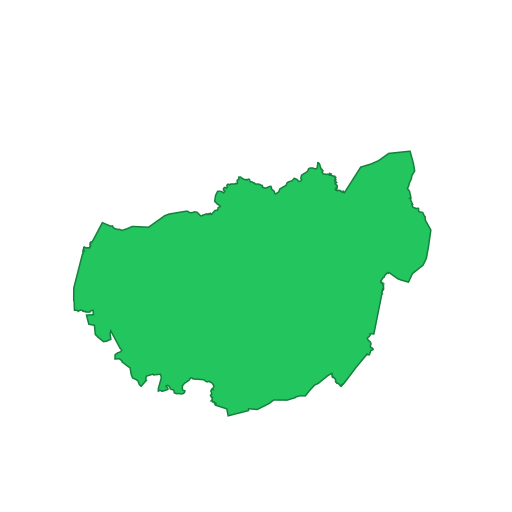 the district of Zosēnu pag., Jaunpiebalgas, Latvia, rotated 303°
{"feature_id": "27541924B99380513765752", "entity_name": "Zosēnu pag.", "entity_type": "district", "adm_level": 2, "iso_a3": "LVA", "parent_name": "Latvia", "parent_adm1": "Jaunpiebalgas", "projection": "albers", "projection_center": [25.837, 57.169], "detail": "fine", "context": "isolated", "style": "filled", "palette": "green", "viewbox_px": 512, "rotation_deg": 303, "n_neighbors": 0, "source": "geoboundaries", "source_scale": "gbopen_adm2", "svg_char_len": 6119}
<svg xmlns="http://www.w3.org/2000/svg" viewBox="0 0 512 512"><g transform="rotate(303 256 256)"><path d="M165.6,373.6L172.9,374.3L179.9,375.5L183.0,377.6L194.8,381.4L198.8,383.3L198.7,384.2L197.5,384.5L196.7,385.2L196.9,385.9L196.0,386.0L195.9,386.4L196.4,386.7L196.5,387.6L196.1,388.2L196.2,389.2L194.9,390.7L193.7,391.3L193.8,392.2L193.3,393.2L193.7,393.5L193.8,395.3L193.3,396.3L193.0,398.0L194.2,398.0L193.8,398.6L196.0,398.5L196.1,399.0L201.1,399.5L217.3,400.6L234.2,402.6L233.9,403.2L234.9,404.9L239.4,403.8L240.6,404.9L241.3,405.2L241.9,404.5L242.1,403.7L242.1,403.0L241.8,401.9L242.8,400.9L244.8,400.4L246.0,399.1L246.8,395.3L247.6,394.2L249.2,394.3L249.8,394.8L251.9,394.8L252.7,394.0L254.5,396.4L254.7,397.3L257.6,396.2L292.3,382.4L293.1,382.7L293.9,381.3L294.7,381.4L295.8,380.7L296.1,380.9L296.3,380.5L296.7,380.6L296.6,381.1L297.8,381.1L298.1,380.8L297.9,380.7L297.9,380.2L299.2,380.1L300.2,379.0L300.5,379.2L301.5,377.3L302.0,377.8L301.9,377.1L302.3,376.9L302.1,376.7L302.3,376.2L301.9,376.1L301.8,375.7L302.4,375.3L302.3,374.5L303.0,374.1L303.6,374.5L306.7,374.3L307.9,375.0L309.8,374.5L311.3,375.0L312.5,374.8L313.2,375.4L313.5,376.5L314.6,376.5L314.1,387.2L314.8,390.6L317.1,398.1L326.4,396.8L339.3,401.1L346.7,400.2L357.7,395.6L373.0,388.5L378.2,378.6L381.2,376.3L381.1,375.6L383.3,372.1L382.1,369.2L382.1,368.0L383.4,367.3L384.2,366.5L384.4,365.9L382.9,364.4L383.0,363.5L382.6,362.7L382.5,360.7L384.2,358.8L384.6,359.2L387.1,355.4L388.2,354.6L388.1,353.6L389.2,354.3L394.0,349.4L395.0,346.3L398.2,345.8L401.0,344.8L405.1,344.3L408.6,342.9L413.7,342.8L419.3,337.7L427.8,328.1L414.3,311.4L402.6,306.8L395.9,302.4L387.6,295.4L357.3,295.7L357.3,295.0L357.6,294.5L356.9,294.7L356.5,294.3L356.5,293.1L357.1,292.9L356.4,291.7L356.7,290.7L356.2,290.3L356.3,290.0L356.0,289.7L355.9,289.1L354.9,288.4L355.1,288.0L354.8,287.6L355.0,286.3L356.5,287.2L356.9,286.9L357.0,286.1L357.9,286.7L359.4,285.6L359.5,283.5L359.8,282.9L360.4,282.7L361.1,283.6L361.7,283.6L361.8,283.2L361.3,282.0L362.1,281.3L362.3,280.7L362.7,280.7L363.0,281.5L363.4,281.6L363.9,280.4L364.8,280.2L364.9,279.6L365.4,279.9L365.5,279.2L365.8,278.8L365.8,278.4L365.2,277.6L364.6,275.0L364.2,274.3L365.7,274.5L365.3,272.6L363.9,272.8L363.6,271.5L362.7,270.6L362.6,269.8L361.4,267.8L362.4,265.7L363.9,265.8L364.2,264.5L364.6,264.2L364.2,263.4L365.1,262.7L365.3,262.0L367.8,259.2L368.2,257.4L368.0,257.0L363.4,259.2L362.2,259.2L361.2,257.8L360.6,255.4L359.0,253.2L357.5,252.6L356.2,253.1L353.8,252.7L349.2,250.4L348.2,250.3L345.7,251.2L345.1,251.8L344.8,252.7L343.4,252.8L341.9,251.4L342.0,250.1L342.5,249.4L342.2,246.3L341.9,245.7L338.8,245.3L335.6,242.7L334.3,242.2L331.2,242.8L330.1,241.9L325.3,239.5L321.9,240.1L318.8,238.6L318.7,237.7L320.3,235.7L320.5,233.1L320.9,232.3L322.1,231.5L322.5,230.5L321.6,229.4L318.0,227.1L317.6,225.1L317.1,224.6L317.1,224.0L318.2,223.4L318.6,222.7L318.0,221.4L318.1,220.4L317.8,219.1L316.0,216.3L316.1,215.5L316.4,215.1L316.4,214.6L316.0,214.1L316.1,212.7L315.1,210.6L316.4,209.2L316.6,208.1L316.0,207.5L315.2,207.2L315.0,206.6L314.8,206.8L314.3,206.1L313.6,203.0L313.8,200.0L312.8,198.6L311.2,199.7L309.4,199.0L308.6,199.2L307.2,200.7L306.6,200.8L305.9,200.2L305.9,199.5L305.2,199.4L302.5,195.5L301.3,195.3L301.3,194.1L301.1,193.5L300.3,193.1L299.3,193.1L297.9,194.5L297.3,194.5L296.6,193.7L296.6,192.5L296.2,192.1L294.6,192.1L293.7,192.7L293.4,193.4L293.6,194.4L293.2,194.7L291.2,194.5L291.2,194.0L291.4,193.8L291.2,191.7L289.9,189.2L289.3,188.6L284.7,189.1L279.3,191.6L278.9,193.1L279.0,193.9L278.4,195.3L278.6,198.1L278.1,199.0L277.7,199.0L276.0,197.9L274.4,198.6L273.4,198.5L271.8,196.8L266.6,196.0L266.5,195.6L266.8,195.4L266.9,194.2L265.4,193.9L265.5,193.3L264.7,193.1L264.9,192.6L264.5,191.8L264.0,191.7L264.1,191.3L261.5,189.5L261.4,189.1L260.6,189.0L259.5,187.7L260.6,182.9L259.6,180.4L258.5,179.7L256.4,177.3L256.3,174.6L255.9,173.4L243.9,160.3L240.1,157.5L221.6,150.2L213.4,136.1L209.1,133.3L204.6,129.8L204.0,126.9L203.4,126.4L202.0,122.8L202.2,120.6L203.1,119.3L202.1,118.2L201.6,116.6L200.3,109.0L178.8,110.9L178.3,110.7L178.1,110.0L176.5,109.7L176.3,110.0L176.6,110.4L176.3,110.7L175.3,110.4L175.1,110.5L175.2,110.8L174.6,111.2L174.7,111.7L174.5,111.9L173.3,111.6L172.5,112.1L172.1,112.0L172.0,111.3L171.4,110.8L171.3,110.3L170.5,109.9L170.5,109.1L170.1,108.4L170.1,107.1L169.4,106.8L168.4,107.5L167.5,107.5L167.5,108.1L167.0,108.2L166.6,108.9L166.4,108.1L166.0,108.0L165.5,108.6L164.2,109.1L163.7,109.8L162.5,109.6L129.9,120.6L119.6,127.2L118.7,128.3L111.6,133.3L112.3,134.1L113.1,136.3L112.7,137.0L114.7,137.9L115.6,139.2L115.8,140.6L115.4,140.9L115.9,142.3L116.6,142.8L116.3,143.8L118.5,147.2L120.0,147.2L121.7,148.9L118.2,151.6L114.1,146.0L107.7,153.0L109.9,158.2L102.6,164.0L102.3,166.0L101.9,167.3L101.1,174.7L103.1,177.1L107.1,179.6L111.3,175.9L114.1,175.0L104.6,192.3L104.0,194.7L101.9,194.6L99.4,192.7L96.4,191.6L92.8,193.8L95.4,197.4L95.0,200.8L94.2,201.3L93.6,209.5L93.8,211.1L88.8,215.7L86.5,218.9L87.1,222.7L86.9,225.1L84.5,228.4L84.2,230.6L92.1,231.8L92.2,230.8L95.5,229.5L100.8,233.9L100.4,234.8L104.8,240.3L102.4,242.9L91.6,246.3L89.5,247.7L90.9,248.5L91.3,249.7L91.3,250.7L91.6,251.2L95.9,254.7L96.3,254.8L97.4,253.7L97.8,251.4L98.1,251.3L99.4,252.3L99.6,253.4L99.3,254.4L99.1,255.2L98.1,256.0L97.8,257.4L98.8,259.5L98.3,260.5L96.7,262.1L97.1,264.0L99.0,267.0L99.5,268.4L101.2,270.1L103.1,270.3L104.2,269.8L103.7,267.6L104.2,266.8L107.1,265.0L110.4,265.4L115.2,267.5L118.2,267.6L118.8,268.4L118.6,270.1L118.9,270.3L119.7,272.5L120.6,273.2L121.0,274.5L123.8,279.6L123.8,281.1L123.5,281.9L123.8,283.6L125.4,285.0L125.3,286.1L125.6,288.0L124.1,291.7L121.2,291.9L120.7,292.7L120.3,291.4L118.2,291.6L117.7,292.5L116.3,293.8L115.5,294.2L114.6,293.6L114.0,294.1L113.7,295.2L113.7,296.1L113.2,295.9L112.9,297.0L111.5,297.3L111.3,297.7L110.1,297.3L110.5,298.4L109.9,298.9L110.8,300.2L110.4,300.3L109.6,301.8L110.7,302.3L110.2,302.9L109.7,302.7L109.6,303.1L109.2,302.8L108.8,303.3L111.9,314.7L106.8,319.7L122.3,333.9L123.9,333.0L127.9,340.6L139.3,347.3L144.9,349.3L152.1,360.6L158.5,366.0L159.2,366.0L162.5,368.8L165.6,373.6Z" fill="#22c55e" stroke="#15803d" stroke-width="1.5"/></g></svg>